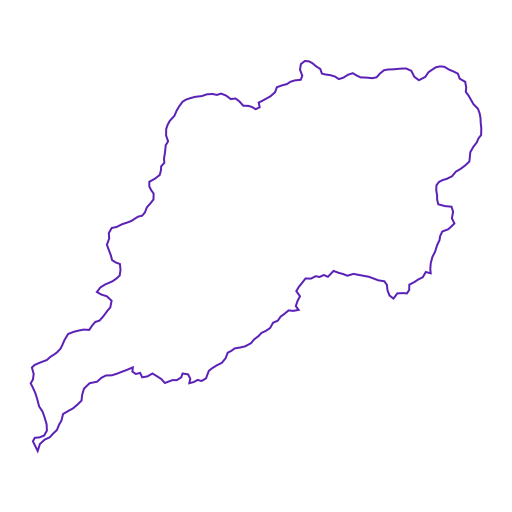 Bocaina de Minas, Minas Gerais, Brazil (Albers equal-area conic projection)
{"feature_id": "56859067B74757046772552", "entity_name": "Bocaina de Minas", "entity_type": "district", "adm_level": 2, "iso_a3": "BRA", "parent_name": "Brazil", "parent_adm1": "Minas Gerais", "projection": "albers", "projection_center": [-44.499, -22.241], "detail": "fine", "context": "isolated", "style": "outline", "palette": "violet", "viewbox_px": 512, "rotation_deg": 0, "n_neighbors": 0, "source": "geoboundaries", "source_scale": "gbopen_adm2", "svg_char_len": 3659}
<svg xmlns="http://www.w3.org/2000/svg" viewBox="0 0 512 512"><path d="M168.1,141.3L165.7,145.3L165.0,152.4L164.0,158.7L164.3,162.9L161.2,166.3L160.9,170.5L159.7,175.0L154.9,178.7L149.3,181.8L149.3,186.4L151.2,190.2L153.6,193.5L153.5,199.4L150.4,203.4L146.9,207.3L144.9,212.5L142.1,215.7L138.2,216.6L134.8,218.7L131.5,220.9L126.8,222.7L122.1,224.2L116.8,226.9L111.7,228.0L108.8,233.1L109.2,238.5L106.9,244.7L108.9,250.2L110.8,255.2L112.1,260.1L115.8,262.5L119.9,264.0L120.5,269.8L119.7,275.5L116.5,278.5L112.6,281.2L109.1,282.8L105.1,284.5L100.4,287.4L96.9,292.0L101.2,294.5L106.9,296.3L111.6,300.8L110.3,307.4L107.5,310.7L103.4,316.2L99.5,320.6L95.3,321.9L92.4,325.2L89.2,329.9L83.7,329.6L79.0,330.5L73.8,331.8L68.1,334.0L64.4,340.2L62.6,344.5L60.5,348.7L56.9,352.5L53.8,354.7L50.3,356.9L46.9,360.0L43.2,361.4L38.8,363.1L34.7,364.9L31.9,367.5L33.7,374.0L32.9,379.6L30.7,383.3L32.9,387.7L35.3,393.0L37.2,399.0L39.1,406.4L42.7,411.9L44.5,417.2L46.6,424.2L46.9,430.6L44.2,435.5L39.5,437.4L34.8,437.8L32.9,441.3L37.7,451.0L39.9,444.0L44.7,439.6L49.9,437.2L53.0,433.7L57.0,429.9L59.0,424.8L61.4,420.7L63.1,414.0L68.9,410.6L73.0,408.4L77.0,405.0L81.5,400.6L82.2,394.6L84.0,388.6L89.6,383.2L97.1,381.7L101.4,377.8L105.9,375.5L111.9,375.3L117.5,373.5L121.0,372.1L127.1,369.8L132.8,367.4L132.4,371.6L135.8,374.0L140.1,372.9L142.2,377.3L147.4,376.4L152.5,373.5L157.2,376.4L161.4,379.1L164.9,383.0L172.4,380.1L176.9,380.1L181.2,377.4L182.6,373.5L188.1,374.4L190.3,378.8L189.3,383.2L193.6,382.1L197.7,379.9L201.5,381.0L206.0,378.4L208.8,370.9L211.9,368.4L216.7,365.4L221.9,362.8L225.7,358.1L227.7,352.7L231.1,351.0L234.7,348.4L240.2,347.5L245.0,346.4L251.0,343.2L254.0,339.5L258.5,336.1L261.5,332.9L265.8,330.9L270.1,328.0L273.1,322.7L277.8,320.7L280.6,316.6L284.1,314.1L288.6,310.4L293.3,310.9L298.6,309.9L295.8,306.1L297.6,300.8L300.0,296.3L296.3,291.1L299.0,286.6L301.6,283.5L305.5,278.5L311.0,278.6L315.7,276.2L319.6,277.0L323.8,275.0L327.9,276.8L333.6,270.9L338.5,272.8L343.0,274.0L347.4,275.7L353.5,273.9L359.2,275.0L369.0,276.8L378.3,280.3L384.4,281.3L386.9,284.9L387.5,290.4L389.5,295.5L393.5,298.6L397.3,293.4L403.1,293.1L406.9,293.4L409.2,290.0L409.3,284.7L414.3,282.1L418.2,279.5L422.7,277.3L425.8,272.0L430.7,273.3L430.3,269.1L430.7,263.5L432.4,256.9L435.1,251.7L437.0,245.4L439.5,240.2L440.1,236.2L442.3,231.5L448.2,229.3L451.5,226.3L454.4,223.5L451.9,218.3L453.1,211.7L451.5,206.7L444.9,206.1L438.3,204.3L437.1,199.5L437.1,195.5L436.2,189.8L436.5,185.2L439.1,181.8L443.1,179.9L446.9,178.8L452.1,176.2L455.8,171.7L460.9,168.7L465.2,165.4L469.3,161.6L469.9,156.6L470.3,152.2L473.3,146.9L476.8,142.4L478.5,138.3L481.1,135.1L481.3,128.5L480.7,122.6L480.5,117.9L479.6,113.2L477.9,108.7L473.4,104.1L470.4,98.8L468.3,95.2L465.8,91.9L466.2,87.6L465.2,81.8L459.7,78.7L457.9,73.7L454.0,71.7L448.8,69.5L444.4,66.8L440.1,66.4L435.8,67.3L432.1,69.7L428.4,72.3L425.3,76.9L418.9,80.2L414.3,76.8L411.3,70.8L406.2,68.5L401.1,68.6L393.6,69.3L387.8,69.5L383.9,70.3L379.9,73.6L376.6,77.3L372.2,78.2L366.5,77.6L360.6,77.4L356.1,75.2L352.8,73.2L348.1,74.7L343.3,77.7L338.8,79.1L335.1,76.6L330.2,75.1L325.5,74.5L321.9,73.6L320.3,69.0L315.9,66.2L312.7,63.4L309.2,61.4L304.8,61.0L300.9,64.1L300.0,69.7L302.3,75.8L300.7,79.8L294.8,80.4L290.3,81.8L287.0,84.1L282.6,85.2L276.9,87.2L275.0,92.3L270.3,96.4L263.4,100.2L258.7,102.6L259.7,107.2L255.7,109.2L252.0,107.0L248.4,105.9L243.2,105.7L239.3,101.3L235.5,98.5L230.8,99.1L226.1,95.6L221.1,93.6L216.9,94.9L212.5,94.0L207.0,94.3L201.7,96.1L195.3,96.8L190.1,98.2L186.0,99.6L182.6,101.7L179.3,106.2L176.8,110.3L174.4,115.8L169.9,120.7L167.6,124.8L166.2,129.0L166.1,135.6L168.1,141.3Z" fill="none" stroke="#5b21b6" stroke-width="2"/></svg>